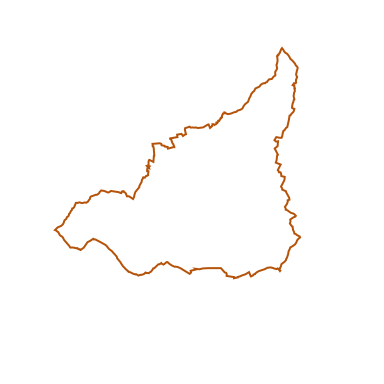 outline of Calan, Hunedoara, Romania, rotated 160°
{"feature_id": "2599482B89052064146304", "entity_name": "Calan", "entity_type": "district", "adm_level": 2, "iso_a3": "ROU", "parent_name": "Romania", "parent_adm1": "Hunedoara", "projection": "orthographic", "projection_center": [23.011, 45.738], "detail": "fine", "context": "isolated", "style": "outline", "palette": "amber", "viewbox_px": 384, "rotation_deg": 160, "n_neighbors": 0, "source": "geoboundaries", "source_scale": "gbopen_adm2", "svg_char_len": 6003}
<svg xmlns="http://www.w3.org/2000/svg" viewBox="0 0 384 384"><g transform="rotate(160 192 192)"><path d="M212.5,250.7L212.5,250.3L213.0,249.8L213.2,248.7L212.9,248.7L212.7,248.1L212.8,247.4L213.0,246.9L213.0,245.9L213.4,244.9L214.9,239.2L215.0,239.0L215.4,239.1L217.9,233.7L218.0,233.5L221.0,236.7L221.6,236.6L222.6,235.1L223.5,232.4L224.2,232.1L225.5,232.0L225.1,231.4L223.9,231.3L224.0,231.1L223.7,230.7L223.2,230.5L224.2,229.8L224.2,228.8L225.7,229.7L226.5,228.3L227.0,227.0L226.2,226.8L225.8,226.4L227.5,223.2L227.5,222.8L228.7,222.6L229.8,222.7L231.4,221.6L232.6,222.4L233.0,222.4L233.3,221.7L235.0,220.4L235.9,218.7L238.2,216.8L239.6,215.4L239.8,214.6L245.2,211.4L246.6,209.7L248.2,207.1L249.8,205.6L252.5,209.3L253.1,209.7L254.6,210.2L254.7,213.4L255.2,214.6L256.2,215.6L256.1,216.2L257.4,216.5L258.8,215.2L259.6,215.6L259.8,216.1L260.4,216.3L260.9,216.9L267.8,220.7L270.3,220.1L271.3,220.4L274.1,223.0L276.8,224.5L279.1,223.4L279.6,222.7L282.0,221.9L282.5,221.9L283.1,222.3L288.7,222.3L289.7,221.6L290.3,220.4L292.0,219.5L292.9,218.6L295.0,218.1L296.5,218.9L299.0,219.1L301.4,220.8L302.9,220.8L304.8,221.5L308.1,217.9L309.2,217.4L310.2,217.5L311.0,216.2L312.4,215.5L313.8,214.0L315.1,213.4L315.4,212.7L316.5,211.5L318.2,211.1L319.2,209.8L321.5,209.0L322.8,207.3L324.2,205.9L326.4,204.9L330.3,204.7L333.8,203.1L332.6,202.0L332.2,201.0L331.5,200.2L331.1,198.2L331.0,196.8L330.0,195.2L329.6,194.9L328.9,193.5L328.6,190.7L325.8,183.4L325.5,181.7L325.2,181.3L323.6,180.9L321.7,179.9L320.1,178.7L319.2,178.6L318.8,178.4L318.7,177.7L318.1,177.0L317.0,176.6L316.8,175.7L316.6,175.6L312.8,176.7L307.3,180.6L304.5,180.9L300.8,181.8L300.5,181.0L299.5,180.8L299.0,180.4L295.5,176.6L291.5,172.0L290.7,170.6L289.6,167.1L287.4,163.7L287.1,162.6L285.9,159.9L284.8,156.8L285.0,155.2L284.7,154.6L284.2,153.0L283.2,150.4L283.2,149.7L282.2,145.7L281.0,143.2L280.8,142.3L280.2,141.5L279.0,138.9L278.8,139.0L278.5,138.5L277.5,137.7L275.0,135.1L273.4,133.9L272.9,134.0L272.4,133.7L271.0,131.8L269.0,131.9L268.6,131.6L266.6,131.3L264.6,131.5L263.4,132.2L263.1,132.2L262.8,131.6L260.3,130.5L259.5,130.9L258.0,131.1L256.1,132.2L254.5,133.5L253.5,133.3L248.5,135.5L248.0,135.5L247.3,135.2L245.3,135.7L245.3,135.4L243.7,133.6L242.8,133.7L239.9,134.8L239.3,134.7L238.5,133.8L238.4,133.2L237.3,131.5L235.8,129.6L233.9,127.7L233.2,127.6L231.1,126.4L228.9,124.3L222.2,115.9L220.5,116.6L220.3,117.7L220.0,118.2L219.6,118.2L219.7,118.4L214.4,117.8L214.9,118.6L211.3,116.8L208.1,116.5L203.7,115.2L190.9,110.6L188.9,105.6L188.5,105.0L187.6,104.4L187.4,103.1L188.2,101.3L181.5,97.6L182.0,96.6L178.2,96.1L178.1,96.5L175.4,96.3L174.0,96.5L170.0,96.4L165.8,97.2L165.6,92.6L164.9,92.5L163.3,92.7L162.5,93.4L161.0,93.2L160.8,93.6L158.6,94.4L156.2,94.8L150.3,94.6L147.2,95.0L144.0,94.3L141.9,92.9L140.7,91.8L138.9,90.7L137.7,90.9L136.7,88.8L136.4,87.6L135.9,87.9L136.4,88.8L136.1,89.3L136.1,90.1L135.2,90.3L134.9,90.8L133.7,91.9L132.9,93.3L132.3,93.8L129.0,94.7L126.8,96.0L126.6,96.7L125.4,97.6L122.9,100.7L121.5,103.3L120.1,104.5L118.6,106.3L116.1,106.7L113.2,107.5L111.3,108.8L109.8,110.6L107.7,111.8L106.0,112.3L106.0,113.4L108.2,115.7L109.0,117.2L110.0,117.9L109.8,119.5L110.0,122.0L109.4,124.8L109.6,124.8L109.9,126.1L110.4,127.1L110.4,127.6L110.8,128.9L109.4,130.8L109.2,132.4L109.0,132.6L105.2,133.5L103.2,133.6L102.6,134.1L103.5,136.3L104.3,137.2L106.2,138.6L108.8,142.4L110.0,143.3L109.6,144.3L109.8,146.2L107.0,148.2L106.0,149.3L105.2,150.4L105.0,151.5L103.1,151.4L102.8,152.3L102.7,153.6L103.6,159.6L103.5,160.7L106.4,163.3L106.0,164.4L106.5,166.6L101.7,171.0L100.8,172.1L99.7,174.5L102.6,176.4L102.1,178.4L102.0,180.1L103.5,180.8L103.3,181.4L103.9,183.2L99.3,187.5L103.2,190.9L101.6,193.0L99.4,197.4L98.5,197.6L99.4,204.6L95.9,205.8L93.8,210.2L95.1,210.4L95.8,210.7L96.8,212.5L94.1,214.7L93.6,214.6L91.6,213.2L89.3,212.3L88.1,213.7L86.1,217.1L85.7,217.4L85.1,218.3L84.1,218.3L81.8,220.0L80.3,220.4L76.5,226.3L74.2,230.4L73.4,230.3L71.9,231.4L69.4,232.6L68.5,233.4L67.4,235.1L69.1,236.5L69.1,237.3L67.2,240.7L66.1,241.8L64.8,243.8L64.2,243.9L64.0,244.2L63.9,246.2L63.7,247.4L62.1,250.4L60.9,251.5L60.7,252.2L60.6,253.1L59.9,253.9L60.3,254.7L59.8,255.1L59.8,256.2L59.5,256.7L59.8,257.1L59.8,257.5L60.3,257.4L60.9,258.0L60.2,258.5L59.7,258.1L58.8,259.3L58.3,258.9L57.5,258.7L56.7,259.3L56.5,260.5L55.9,261.8L53.8,264.2L54.1,265.7L54.0,266.6L53.5,267.8L52.5,269.0L52.1,270.1L51.2,270.9L50.3,272.5L50.2,273.6L51.1,275.3L51.4,277.7L52.7,281.1L54.1,283.7L54.2,285.4L54.7,287.6L55.6,289.7L56.6,290.8L57.4,292.7L57.5,294.1L58.2,296.4L59.3,295.7L61.4,293.4L61.6,292.9L62.3,292.6L63.7,291.4L63.9,291.5L64.0,291.3L64.2,291.5L65.1,291.1L65.7,290.5L65.5,290.1L66.1,288.4L66.2,287.5L67.1,285.3L68.3,283.4L69.2,282.5L69.7,279.1L71.1,277.6L72.5,276.7L73.3,275.0L73.6,273.3L74.7,272.7L75.7,272.6L78.4,270.9L81.0,271.5L83.1,270.4L83.7,269.8L85.4,269.6L86.2,269.2L86.9,269.6L89.0,269.7L91.0,269.1L92.5,268.0L97.0,267.6L99.0,265.7L100.9,265.0L102.7,263.9L104.5,261.8L106.1,260.5L108.5,257.6L112.2,256.3L114.1,255.1L115.8,253.4L116.5,253.1L118.6,252.7L121.5,252.9L122.7,252.2L125.3,252.5L129.0,252.4L131.6,252.9L133.1,254.1L133.9,255.5L134.4,255.8L135.1,254.9L136.2,255.1L136.8,254.2L137.7,253.5L138.3,251.9L139.5,251.9L139.6,251.2L140.8,250.8L141.0,250.4L141.7,250.1L141.9,249.6L142.2,249.5L142.6,250.0L142.9,250.0L142.9,249.6L144.4,248.3L145.0,249.0L145.3,249.0L145.6,248.1L145.4,248.0L146.6,247.4L147.6,247.7L147.9,247.4L148.7,248.4L149.5,248.7L149.6,248.0L150.4,247.6L150.4,247.1L153.1,246.0L153.3,249.8L154.3,249.9L159.5,248.9L164.6,250.1L165.9,251.1L168.0,251.8L169.2,252.4L171.0,252.9L171.6,253.4L171.9,254.2L176.7,254.3L177.4,253.0L177.9,248.3L179.2,248.4L181.3,247.7L182.0,250.2L186.4,251.0L186.5,250.9L186.4,250.1L187.0,249.1L187.0,248.6L195.0,250.0L194.7,249.8L193.5,247.9L193.7,246.1L193.6,244.2L193.2,243.1L193.3,241.3L193.1,240.9L193.3,240.2L193.8,240.5L199.8,241.0L199.8,242.1L199.5,242.7L202.0,244.0L202.0,244.8L204.6,246.3L204.4,247.7L205.1,248.4L205.9,248.9L212.5,250.7Z" fill="none" stroke="#b45309" stroke-width="2"/></g></svg>